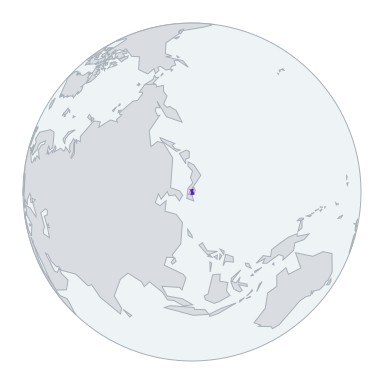 the Earth from above Ehime, rotated 314°
{"feature_id": "JPN-1832", "entity_name": "Ehime", "entity_type": "Prefecture", "adm_level": 1, "iso_a3": "JPN", "parent_name": "Japan", "parent_adm1": "", "projection": "orthographic", "projection_center": [132.746, 33.592], "detail": "fine", "context": "on_globe", "style": "filled", "palette": "violet", "viewbox_px": 384, "rotation_deg": 314, "n_neighbors": 0, "source": "natural_earth", "source_scale": "10m", "svg_char_len": 12253}
<svg xmlns="http://www.w3.org/2000/svg" viewBox="0 0 384 384"><g transform="rotate(314 192 192)"><circle cx="192" cy="192" r="169" fill="#eef3f6" stroke="#a8b0b8"/><path d="M311.2,291.9L311.1,292.7L310.9,292.9L311.2,291.9ZM325.0,87.8L324.7,87.5L325.5,88.5L327.7,91.4L325.1,88.5L325.2,90.0L317.6,85.1L302.0,73.5L303.3,72.8L299.4,70.5L297.5,71.5L297.2,72.8L281.1,69.7L273.0,76.8L275.9,83.1L271.0,79.0L280.1,94.2L279.2,102.7L276.9,90.7L274.1,87.8L271.8,92.1L268.4,90.1L265.4,91.2L261.6,88.5L260.5,82.2L258.0,80.6L256.5,83.8L251.8,83.5L254.3,79.0L246.2,78.2L243.0,68.5L252.8,60.3L247.7,54.4L249.2,45.0L245.7,44.4L244.1,41.0L239.6,39.2L241.1,38.4L236.1,37.8L235.6,38.9L233.2,39.1L230.4,38.2L232.0,36.9L233.6,37.1L232.6,36.3L234.5,36.1L232.0,35.8L234.2,34.5L228.0,34.6L226.3,32.7L228.9,32.2L233.9,33.8L252.1,38.0L256.2,38.8L257.0,38.0L247.4,32.8L249.8,33.3L249.3,33.0L260.2,37.4L270.9,42.6L281.2,48.5L291.0,55.1L300.3,62.3L309.1,70.2L317.4,78.7L325.0,87.8ZM247.1,32.3L245.4,31.7L244.6,31.6L237.6,29.6L237.4,30.2L234.5,29.7L232.3,30.1L227.0,28.5L223.1,27.0L224.7,26.7L223.0,26.2L216.9,25.5L215.5,24.7L213.7,24.4L230.6,27.5L247.1,32.3ZM343.6,174.3L342.2,171.2L343.8,171.6L343.6,174.3ZM340.8,170.5L341.4,171.3L340.8,170.8L340.8,170.5ZM340.0,170.9L340.6,170.6L340.1,171.3L340.0,170.9ZM339.1,171.9L339.5,171.2L339.5,171.4L339.1,171.9ZM337.2,172.3L336.6,172.3L336.9,171.4L337.2,172.3ZM297.6,73.8L297.8,71.8L300.7,71.9L301.0,73.7L297.6,73.8ZM291.4,74.5L290.6,72.7L295.0,74.8L294.1,75.1L291.4,74.5ZM278.7,88.4L279.5,86.1L279.9,89.1L278.7,88.4ZM265.6,91.8L266.5,93.2L264.5,93.2L265.6,91.8ZM235.3,31.0L233.8,30.5L235.0,30.7L235.3,31.0ZM235.7,31.7L238.2,32.1L238.7,32.6L237.2,32.3L235.7,31.7ZM256.9,89.3L253.5,89.1L256.8,88.2L256.9,89.3ZM232.6,31.0L239.4,33.3L240.4,34.1L235.3,33.7L232.6,31.0ZM251.4,88.3L243.3,88.4L244.5,91.3L236.5,83.4L246.1,85.7L249.9,84.0L249.3,86.4L251.4,88.3ZM236.6,39.6L237.1,38.4L239.2,40.3L236.6,39.6ZM238.5,40.8L248.5,47.1L246.4,48.9L243.5,46.2L242.9,49.4L237.0,47.1L236.0,44.9L238.5,44.1L234.3,43.9L238.5,40.8ZM233.5,79.3L231.3,78.5L233.4,78.1L233.5,79.3ZM232.4,39.3L234.6,40.3L233.0,41.8L228.3,40.1L230.3,40.1L232.4,39.3ZM245.6,51.5L243.6,52.5L238.2,50.9L236.7,51.1L236.6,47.2L245.6,51.5ZM229.3,39.4L225.9,39.3L224.2,37.9L230.1,38.5L229.3,39.4ZM234.5,43.0L233.5,43.6L232.5,42.7L234.5,43.0ZM216.2,33.4L218.9,34.2L218.2,35.1L216.2,33.4ZM224.8,39.3L225.4,39.8L225.4,40.3L222.9,40.0L224.8,39.3ZM232.9,46.5L231.1,45.7L232.6,47.9L228.7,47.0L229.4,44.7L227.4,45.3L226.2,45.1L228.1,43.5L232.9,46.5ZM220.5,41.3L220.1,38.4L215.2,36.5L215.7,35.6L223.3,38.9L220.5,41.3ZM224.8,42.7L222.3,41.6L224.1,40.9L227.0,41.3L224.8,42.7ZM225.7,47.3L231.6,49.3L231.3,49.8L225.7,47.3ZM218.8,40.8L218.9,41.5L218.2,40.7L218.8,40.8ZM223.2,45.4L225.3,46.0L224.9,46.5L223.2,45.4ZM217.5,42.6L217.3,41.6L219.3,41.8L217.5,42.6ZM219.8,44.0L218.7,44.6L220.0,42.4L220.8,44.1L219.8,44.0ZM222.4,45.8L222.8,46.3L221.6,45.5L222.4,45.8ZM210.2,42.9L211.5,40.2L215.8,40.4L213.9,42.9L210.2,42.9ZM58.5,88.4L59.7,87.3L51.2,100.6L48.9,107.1L57.3,99.4L61.1,88.4L67.0,82.0L68.1,86.6L65.6,97.2L67.8,95.1L73.7,85.1L77.6,84.6L76.3,81.5L73.5,84.9L72.6,83.3L75.1,80.2L76.4,80.0L78.4,76.4L71.9,78.9L68.3,82.6L70.9,76.5L65.3,82.3L64.4,82.4L73.6,72.8L76.1,70.8L89.5,59.0L87.1,60.3L74.3,71.9L76.3,69.7L73.0,72.3L77.1,68.6L91.7,56.4L96.1,52.9L109.5,44.5L116.4,40.9L112.2,43.2L114.4,42.1L110.8,44.3L112.1,44.9L109.4,47.2L116.1,45.3L115.6,46.4L111.8,47.1L107.6,49.2L101.6,56.2L102.2,56.9L107.1,55.2L104.9,57.7L110.4,55.2L110.0,59.1L115.1,52.5L121.0,51.1L124.1,52.6L127.0,51.1L121.8,48.9L118.9,49.1L115.0,51.1L107.9,51.6L108.7,49.8L119.5,45.3L121.7,42.5L129.2,40.9L138.6,47.0L139.3,51.2L127.3,61.0L123.5,60.5L125.9,56.6L117.9,61.5L121.3,60.5L119.4,62.7L124.6,62.5L123.5,64.2L130.3,61.4L129.5,63.4L125.2,65.1L132.2,67.1L132.3,71.5L134.4,71.2L136.6,69.7L135.2,76.6L136.8,76.1L137.9,73.6L141.8,71.2L148.2,69.8L147.3,72.3L144.9,73.1L138.7,78.8L132.4,81.0L132.7,82.0L138.0,80.6L145.6,73.6L149.7,72.1L146.5,75.5L148.0,74.1L149.8,74.2L150.7,76.7L154.4,73.1L174.9,72.0L178.8,77.2L173.7,80.0L187.2,83.3L190.6,89.8L191.5,87.4L198.7,88.0L197.7,85.9L198.7,84.8L216.5,86.5L220.0,89.2L228.8,88.1L229.3,87.0L227.2,84.8L236.5,83.4L244.5,91.3L242.9,93.4L248.9,97.3L244.6,101.7L243.7,107.4L235.4,110.6L235.5,115.2L237.9,116.3L239.7,123.8L235.3,136.3L228.4,121.4L233.0,103.8L230.2,110.3L227.7,107.5L224.8,109.2L223.1,114.2L224.9,115.5L206.3,118.7L196.1,131.0L204.3,132.1L207.5,137.3L203.1,154.5L180.2,173.6L184.2,182.5L183.2,187.5L176.8,189.2L178.1,181.9L173.4,178.0L175.2,173.9L165.4,174.9L167.4,169.1L158.8,173.1L159.9,178.5L167.8,179.4L159.4,186.0L165.0,196.2L163.4,206.3L146.8,220.0L133.2,221.4L131.9,224.2L127.6,219.1L120.1,222.9L126.7,242.8L125.9,247.5L114.6,252.9L114.7,249.3L103.3,235.9L99.9,246.3L108.5,259.2L111.4,270.9L104.2,265.0L101.4,254.4L97.4,249.3L99.4,240.1L97.9,223.8L90.8,223.4L92.3,217.6L89.1,202.3L79.4,201.1L63.2,208.3L59.5,222.2L54.6,225.3L52.5,199.2L55.6,184.1L52.3,182.5L52.2,165.4L44.8,152.2L46.0,147.6L44.1,146.6L44.4,138.8L47.1,131.7L46.2,129.1L39.6,148.1L40.8,151.1L44.9,149.1L42.6,155.0L42.6,163.9L34.5,169.7L27.1,162.4L30.2,151.2L44.4,114.2L46.1,112.0L46.3,111.6L46.7,111.0L44.1,114.0L47.8,107.4L36.2,130.4L32.6,138.9L27.0,162.7L26.6,163.3L25.9,169.5L28.5,176.0L27.7,179.3L24.1,189.8L23.1,194.1L23.4,181.5L24.6,168.9L26.8,156.5L29.9,144.2L33.9,132.3L38.8,120.6L44.6,109.4L51.2,98.6L58.5,88.4ZM59.0,114.5L60.0,121.3L66.3,112.4L67.2,114.4L69.0,110.8L66.7,111.7L72.1,102.6L75.0,103.8L78.3,100.7L78.1,98.3L72.0,97.7L64.2,110.5L61.1,111.5L59.0,114.5ZM130.3,35.4L127.0,36.8L125.2,37.2L128.7,35.4L131.3,34.6L130.3,35.4ZM122.6,38.8L132.4,35.6L130.6,37.0L130.0,36.7L127.8,37.9L126.2,37.8L114.9,42.8L112.6,43.6L120.3,39.1L119.0,39.9L122.4,38.3L122.6,38.8ZM160.6,28.6L164.8,28.3L155.5,31.6L152.6,31.6L155.9,29.4L161.3,28.2L160.6,28.6ZM222.4,30.4L224.6,30.8L224.2,31.0L222.0,30.9L222.4,30.4ZM217.5,33.7L212.3,29.2L214.5,29.3L208.7,27.0L212.5,26.6L216.1,28.0L214.6,26.2L219.4,27.3L217.8,26.2L225.5,29.3L229.7,30.6L223.5,29.3L220.0,29.6L219.7,30.1L222.1,32.6L229.5,35.9L227.1,37.1L223.5,37.1L221.4,36.5L223.6,35.8L219.2,35.5L220.7,34.1L217.5,33.7ZM182.5,41.8L185.9,40.3L177.3,41.3L178.8,39.1L177.7,39.4L176.8,37.8L173.7,36.4L175.1,35.6L173.3,35.4L172.6,34.5L170.6,34.1L172.5,32.6L170.2,32.1L172.4,31.7L167.9,31.3L172.1,30.9L171.6,30.0L167.8,30.8L182.9,25.5L186.0,24.2L186.3,23.5L193.4,23.6L197.7,24.5L199.7,26.3L195.7,27.8L199.6,27.8L198.9,28.6L196.1,28.3L199.9,29.3L198.6,30.0L200.3,32.8L206.8,34.4L207.5,35.7L204.3,35.4L207.4,36.9L201.8,37.3L202.3,38.3L197.3,40.0L190.8,39.2L191.8,40.4L188.1,42.0L182.5,41.8ZM208.6,43.2L200.6,42.3L197.5,40.8L207.5,38.6L207.9,37.7L214.2,36.7L218.6,39.0L216.4,39.0L215.2,39.6L214.3,38.6L214.2,39.9L211.2,40.0L210.3,41.1L207.9,40.5L208.6,43.2ZM77.1,68.1L75.6,69.6L74.0,71.3L71.9,73.2L77.1,68.1ZM86.1,60.4L86.9,59.7L86.1,60.4L82.8,63.1L86.1,60.4ZM88.8,58.4L86.3,60.2L88.6,58.5L88.8,58.4ZM111.3,47.9L110.7,48.8L109.4,49.4L108.2,49.5L111.3,47.9ZM157.2,45.7L159.7,44.8L160.3,45.1L166.3,44.6L165.7,46.4L161.8,47.4L157.2,45.7ZM56.1,99.1L54.9,99.1L56.1,97.1L56.3,97.5L56.1,99.1ZM62.3,85.1L59.4,89.4L61.8,85.6L62.3,85.1ZM157.5,47.6L160.1,47.1L158.2,48.3L157.5,47.6ZM165.6,47.7L163.9,49.1L166.3,46.5L165.6,47.7ZM152.3,304.9L157.5,306.4L157.3,307.0L152.3,304.9ZM146.9,301.7L152.7,303.1L146.0,302.8L146.9,301.7ZM154.9,303.6L160.9,303.6L163.4,303.0L163.0,304.2L154.9,303.6ZM143.0,300.9L122.7,295.3L114.8,291.2L116.5,289.5L129.1,294.0L143.0,300.9ZM115.9,289.3L104.2,278.6L89.7,252.4L94.9,255.1L110.3,273.6L109.3,275.3L116.4,283.0L115.9,289.3ZM144.9,285.4L143.9,291.2L132.4,287.8L127.4,285.4L123.8,276.5L125.8,273.0L129.9,274.3L146.8,264.4L152.5,269.2L147.1,274.0L151.8,280.6L144.9,285.4ZM59.7,223.9L61.3,234.4L58.9,234.1L59.7,223.9ZM154.5,255.7L147.1,260.6L154.1,253.5L154.5,255.7ZM159.0,248.4L159.1,251.8L156.7,248.0L159.0,248.4ZM131.0,228.8L126.6,228.2L126.9,225.8L132.7,225.1L131.0,228.8ZM162.2,214.8L160.8,221.9L159.4,224.1L158.1,219.4L162.2,214.8ZM155.7,64.9L148.0,63.4L142.1,64.1L138.1,67.0L140.4,62.5L149.6,61.4L155.7,64.9ZM172.6,70.7L176.1,68.5L176.8,70.2L176.1,71.0L172.6,70.7ZM173.1,68.9L173.2,65.0L176.6,64.3L175.9,67.5L173.1,68.9ZM165.0,55.4L162.8,54.8L164.4,53.7L165.0,55.4ZM272.9,338.8L275.5,338.0L270.9,340.9L264.2,344.4L257.3,347.3L272.9,338.8ZM220.2,354.9L218.6,353.1L226.2,352.2L224.2,354.1L220.2,354.9ZM277.7,335.9L281.8,332.7L282.0,330.4L283.1,331.9L287.8,329.7L277.2,337.1L277.7,335.9ZM188.4,345.2L156.9,346.9L149.5,344.8L150.3,342.7L141.6,333.1L143.9,333.8L141.1,327.5L159.2,325.5L171.9,316.5L183.1,318.5L190.9,310.9L202.8,312.2L199.8,318.6L212.9,323.1L220.2,308.6L229.7,323.6L240.2,327.8L245.0,335.4L231.8,348.4L222.8,351.2L220.4,350.5L216.8,351.7L210.3,351.6L205.3,348.3L201.8,349.4L204.5,346.6L199.8,349.1L195.8,346.6L188.4,345.2ZM274.4,315.4L276.5,315.3L280.3,316.5L276.9,317.1L274.4,315.4ZM305.9,297.2L307.1,297.8L304.8,299.1L305.9,297.2ZM310.9,292.9L308.2,294.7L311.2,291.9L310.9,292.9ZM284.0,304.7L285.2,305.2L284.3,305.8L284.0,304.7ZM283.1,304.6L284.1,302.8L284.2,304.3L283.1,304.6ZM272.3,298.8L273.5,297.7L274.1,298.2L272.3,298.8ZM165.2,307.8L172.2,304.5L176.2,304.6L165.2,307.8ZM270.4,297.4L267.3,297.8L267.6,296.8L270.4,297.4ZM270.5,295.3L270.1,294.2L272.2,296.7L270.5,295.3ZM264.4,293.5L268.3,295.1L264.0,293.9L264.4,293.5ZM262.3,294.2L259.6,293.6L259.7,293.1L262.3,294.2ZM233.2,298.5L243.2,305.3L235.5,305.6L226.8,301.3L220.6,305.7L206.2,304.7L209.3,302.2L207.2,297.9L192.7,295.3L189.8,292.3L194.8,290.8L185.4,287.7L195.7,287.4L200.0,293.5L205.8,289.3L216.2,290.8L226.6,292.8L235.2,296.7L233.2,298.5ZM196.0,300.0L197.8,300.1L196.3,301.7L196.0,300.0ZM254.4,291.1L258.3,293.3L257.9,294.1L256.0,293.9L254.4,291.1ZM237.1,295.7L246.3,290.5L248.5,290.4L242.5,296.1L237.1,295.7ZM243.9,287.6L248.3,287.9L250.7,290.4L249.8,291.2L243.9,287.6ZM175.1,292.6L174.8,294.1L172.1,292.5L175.1,292.6ZM178.4,292.0L186.4,294.7L177.7,293.3L178.4,292.0ZM155.2,282.7L157.4,286.9L164.4,285.7L159.1,288.3L164.0,295.4L162.5,297.4L157.6,289.9L156.1,296.5L153.1,295.7L151.2,289.5L154.2,282.7L157.3,280.2L169.9,281.2L155.2,282.7ZM178.3,287.4L176.3,282.6L177.8,279.7L180.0,282.4L178.3,287.4ZM170.5,270.6L165.4,264.3L160.5,265.5L170.7,259.5L173.9,266.6L170.5,270.6ZM166.7,257.8L162.0,258.9L167.0,255.2L166.7,257.8ZM161.0,256.8L160.8,252.8L164.3,254.0L161.0,256.8ZM169.0,258.4L170.4,251.9L171.9,256.1L169.0,258.4ZM160.2,243.8L167.1,251.7L157.6,247.0L158.6,234.0L162.8,234.6L160.2,243.8ZM192.7,194.6L192.4,190.6L196.6,190.3L195.6,193.1L192.7,194.6ZM210.1,186.8L197.7,189.0L187.7,191.1L190.2,193.3L186.8,199.5L183.8,192.7L191.7,186.6L199.0,186.2L201.3,180.9L207.4,177.9L207.9,170.9L211.0,168.3L212.8,174.6L210.1,186.8ZM207.9,168.0L211.0,156.1L218.3,158.8L219.3,161.9L214.7,166.2L211.1,164.5L207.9,168.0ZM213.9,154.2L210.4,152.6L207.7,134.3L208.9,131.3L214.9,145.9L211.9,145.2L211.3,149.4L213.9,154.2ZM231.4,79.9L231.3,78.6L232.7,79.9L231.4,79.9ZM198.0,83.7L199.6,82.5L201.2,83.8L198.0,83.7ZM204.9,79.9L202.0,79.2L205.4,78.9L204.9,79.9ZM195.4,78.1L201.0,78.5L195.2,79.6L195.4,78.1Z" fill="#d9dde1" stroke="#a8b0b8" stroke-width="1"/><path d="M191.7,194.0L191.6,193.9L191.6,194.0L191.5,193.9L191.4,194.0L191.5,194.0L191.4,194.1L191.3,193.9L191.3,193.7L191.2,193.6L191.3,193.6L191.3,193.4L191.2,193.3L191.2,193.2L191.3,193.2L191.2,193.2L191.3,193.1L191.5,193.1L191.4,193.0L191.4,192.9L191.5,192.8L191.4,192.8L191.2,192.8L191.2,192.7L191.2,192.4L190.9,192.4L190.7,192.5L190.4,192.7L190.2,192.7L190.3,192.6L190.5,192.5L190.6,192.4L190.8,192.4L191.2,192.2L191.3,192.1L191.4,191.9L191.6,191.8L191.8,191.7L191.9,191.4L191.9,191.2L192.0,191.1L192.1,190.9L192.2,190.7L192.3,190.6L192.4,190.4L192.5,190.4L192.5,190.5L192.8,190.8L192.9,191.0L193.0,191.0L193.2,190.9L193.3,190.8L193.5,190.8L193.8,190.9L194.0,190.8L194.1,190.7L194.2,190.8L194.3,191.0L194.2,191.2L193.9,191.3L193.7,191.3L193.4,191.3L193.2,191.4L193.2,191.5L192.9,191.8L192.8,192.0L192.7,192.1L192.6,192.3L192.2,192.4L192.1,192.5L192.3,192.7L192.3,192.8L192.1,193.0L191.9,193.3L191.7,193.3L191.7,193.5L191.8,193.5L191.8,193.8L191.7,194.0L191.7,194.0ZM192.6,190.2L192.6,189.9L192.7,190.0L192.8,190.1L192.7,190.1L192.6,190.2ZM192.8,190.3L192.7,190.4L192.7,190.5L192.7,190.4L192.7,190.2L192.8,190.2L192.8,190.3L192.8,190.3ZM191.7,190.8L191.8,190.8L191.7,190.8L191.7,190.8Z" fill="#8b5cf6" stroke="#5b21b6" stroke-width="1.5"/></g></svg>